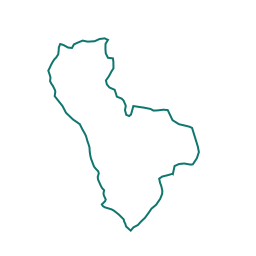 Uljin-gun, Gangwon, South Korea (Albers equal-area conic projection), rotated 164°
{"feature_id": "91817680B88731995383072", "entity_name": "Uljin-gun", "entity_type": "district", "adm_level": 2, "iso_a3": "KOR", "parent_name": "South Korea", "parent_adm1": "Gangwon", "projection": "albers", "projection_center": [129.325, 36.894], "detail": "fine", "context": "isolated", "style": "outline", "palette": "teal", "viewbox_px": 256, "rotation_deg": 164, "n_neighbors": 0, "source": "geoboundaries", "source_scale": "gbopen_adm2", "svg_char_len": 1654}
<svg xmlns="http://www.w3.org/2000/svg" viewBox="0 0 256 256"><g transform="rotate(164 128 128)"><path d="M97.6,71.4L93.7,78.6L88.9,79.3L83.8,78.4L77.8,75.5L75.7,75.2L70.1,80.0L66.5,85.3L66.0,91.1L66.4,110.4L68.6,112.3L72.7,114.7L78.0,117.6L83.0,123.2L84.9,134.3L86.3,134.8L88.8,135.8L94.4,136.7L98.7,137.7L101.1,140.1L106.7,143.0L116.8,147.6L121.4,140.1L123.6,139.2L126.0,141.1L126.0,145.9L124.0,150.0L124.7,155.6L126.0,158.0L130.1,161.2L130.1,164.5L130.3,168.4L134.6,172.0L136.3,175.7L136.1,179.8L132.0,183.1L128.4,186.8L125.5,189.4L123.8,195.7L123.3,199.1L127.9,201.0L128.8,205.9L127.9,210.2L126.4,215.1L123.0,218.2L125.7,220.6L130.8,221.4L136.1,220.6L142.9,222.1L147.5,224.5L152.1,224.0L156.9,223.3L159.8,220.4L163.4,221.8L167.1,225.5L169.8,227.3L170.0,227.4L172.2,224.7L173.4,221.3L174.8,218.0L177.7,215.5L179.9,214.3L182.8,211.7L184.7,209.7L186.6,207.5L188.8,205.1L188.6,201.0L188.6,197.9L190.0,194.5L189.5,191.8L188.6,189.2L187.8,184.8L187.8,183.1L189.7,178.8L184.9,167.2L183.4,159.7L178.4,151.2L173.3,145.0L172.1,138.7L171.1,134.8L170.6,131.9L170.6,126.1L170.4,123.0L170.4,119.9L171.3,115.8L171.8,112.4L172.0,108.8L171.3,100.3L170.3,97.9L168.6,94.6L168.6,92.4L170.6,89.3L171.0,86.8L170.1,80.1L169.4,77.2L168.1,74.8L169.6,71.9L169.8,69.7L169.1,65.6L170.1,64.0L174.2,61.8L173.7,59.9L172.2,58.2L169.6,56.5L166.2,54.3L164.3,52.4L160.7,47.4L159.2,44.7L157.3,41.3L157.5,39.2L157.0,36.8L157.0,33.9L153.7,28.6L150.1,31.0L145.3,32.0L141.4,34.4L136.4,37.0L130.8,41.4L127.7,44.0L122.2,46.4L116.6,51.0L113.3,55.3L112.3,58.2L112.0,63.0L112.3,66.6L112.0,70.7L108.4,71.9L103.6,71.7L97.8,71.7L97.6,71.4Z" fill="none" stroke="#0f766e" stroke-width="2"/></g></svg>